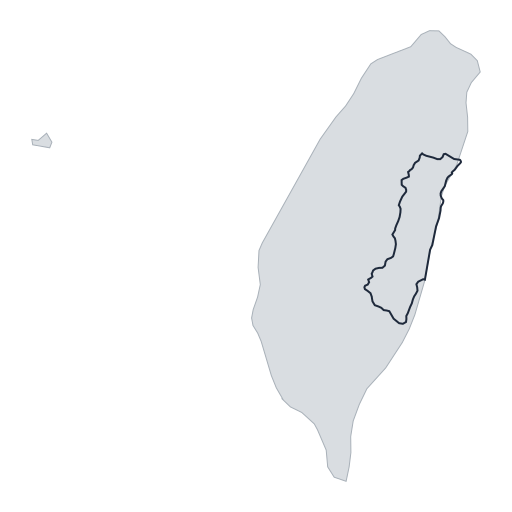 where Hualien sits in Taiwan
{"feature_id": "TWN-1172", "entity_name": "Hualien", "entity_type": "County", "adm_level": 1, "iso_a3": "TWN", "parent_name": "Taiwan", "parent_adm1": "", "projection": "mercator", "projection_center": [121.379, 23.74], "detail": "fine", "context": "in_parent", "style": "outline", "palette": "slate", "viewbox_px": 512, "rotation_deg": 0, "n_neighbors": 0, "source": "natural_earth", "source_scale": "10m", "svg_char_len": 2543}
<svg xmlns="http://www.w3.org/2000/svg" viewBox="0 0 512 512"><path d="M366.9,388.7L359.3,404.4L353.2,420.9L350.7,436.5L350.9,452.5L349.1,467.0L346.1,481.3L334.2,477.2L327.7,466.9L326.2,450.1L317.5,429.8L314.3,423.9L301.8,412.5L290.4,406.9L281.6,398.4L282.8,399.1L276.3,387.8L271.4,375.7L261.2,341.4L257.7,333.1L253.0,325.5L251.6,318.0L253.2,309.6L257.6,297.1L260.3,284.6L258.1,267.4L259.0,250.5L262.3,242.9L320.2,139.1L336.0,116.9L345.6,106.0L353.7,93.7L361.4,78.2L370.8,63.9L377.6,59.5L410.8,46.7L421.2,34.5L429.5,30.7L438.9,30.9L445.0,36.8L450.5,43.7L456.1,47.4L470.9,54.2L477.3,60.7L480.2,72.0L471.3,82.6L466.8,92.2L466.0,102.8L467.6,117.2L467.8,131.5L456.6,165.2L444.6,186.2L441.3,196.6L437.7,222.5L430.6,248.4L424.6,281.2L414.8,314.9L409.2,329.0L402.3,342.5L385.7,367.9L366.9,388.7ZM46.6,133.2L51.9,142.2L49.7,147.8L32.7,144.8L31.8,139.4L38.2,140.4L46.6,133.2Z" fill="#d9dde1" stroke="#a8b0b8" stroke-width="1"/><path d="M459.8,159.8L460.2,160.1L460.6,160.8L460.9,161.5L461.0,162.0L460.3,163.1L457.6,165.8L454.7,169.8L452.5,171.6L451.8,172.5L452.2,173.5L451.8,174.2L448.6,176.5L447.5,177.7L446.2,180.5L444.8,186.2L441.3,191.3L440.6,193.4L440.7,195.6L441.6,198.0L442.3,199.1L442.9,199.6L443.3,200.2L443.3,201.7L442.8,203.4L441.1,206.1L440.7,207.7L440.5,210.7L439.0,218.3L436.1,226.3L432.3,245.1L430.1,249.7L424.9,279.7L423.2,279.2L418.2,281.7L416.4,284.2L417.2,287.4L417.5,290.7L415.8,293.9L414.2,296.3L412.9,299.4L411.8,303.4L410.1,307.0L407.8,313.2L406.3,316.0L406.4,319.1L406.0,322.0L402.9,323.8L399.1,323.2L393.6,318.7L389.3,311.2L386.6,310.5L383.7,310.1L381.3,307.8L378.5,306.5L374.8,305.2L372.5,301.4L371.9,297.9L371.8,296.8L370.5,293.2L367.5,290.8L364.9,289.1L364.4,287.2L365.1,285.7L367.7,284.6L369.1,282.2L368.2,279.5L371.0,277.9L372.5,276.6L371.7,273.7L372.4,272.4L373.1,270.5L375.5,268.7L379.0,267.9L382.4,267.8L384.9,265.6L385.6,261.6L387.4,259.2L391.0,257.9L393.1,256.4L393.8,254.1L395.3,248.1L395.9,244.2L395.5,240.9L394.9,238.3L393.4,236.4L392.4,234.5L395.1,230.1L395.2,228.4L396.4,225.1L398.2,221.1L399.6,217.0L400.4,212.4L400.6,208.8L399.8,206.7L398.8,205.2L400.0,201.6L402.3,196.6L406.1,191.7L406.2,189.9L405.5,187.8L403.1,186.2L401.7,184.8L401.6,180.1L403.3,178.8L406.5,177.7L408.9,176.6L408.8,174.9L408.1,172.0L409.4,171.0L410.0,170.1L411.6,169.2L413.0,167.5L413.7,165.1L415.1,162.8L418.6,160.5L419.7,157.6L419.9,155.7L422.1,153.4L423.2,154.4L426.3,155.8L433.3,157.6L437.2,159.1L440.3,159.1L442.6,157.0L443.7,154.2L445.5,153.8L454.1,159.0L459.3,159.7L459.8,159.8Z" fill="none" stroke="#1e293b" stroke-width="2"/></svg>